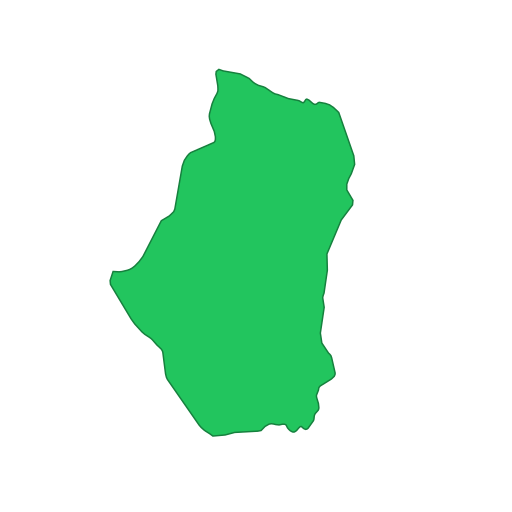 SVG path tracing the border of Logone Occidental, rotated 315°
{"feature_id": "TCD-1484", "entity_name": "Logone Occidental", "entity_type": "Prefecture", "adm_level": 1, "iso_a3": "TCD", "parent_name": "Chad", "parent_adm1": "", "projection": "equal_earth", "projection_center": [15.903, 8.748], "detail": "fine", "context": "isolated", "style": "filled", "palette": "green", "viewbox_px": 512, "rotation_deg": 315, "n_neighbors": 0, "source": "natural_earth", "source_scale": "10m", "svg_char_len": 2057}
<svg xmlns="http://www.w3.org/2000/svg" viewBox="0 0 512 512"><g transform="rotate(315 256 256)"><path d="M358.4,97.4L361.7,97.8L363.6,101.8L373.6,116.1L376.7,125.6L376.8,130.6L377.2,133.3L378.3,136.9L380.8,141.5L381.6,143.5L383.2,152.1L384.0,154.7L384.9,156.2L385.6,157.3L390.2,167.6L395.5,175.4L396.3,176.8L397.1,179.9L397.7,181.0L398.8,181.2L401.9,180.6L402.9,181.0L403.7,183.3L404.0,188.2L404.5,190.0L405.8,191.2L407.2,191.5L408.5,191.6L409.5,192.2L412.9,197.1L414.9,201.2L415.8,206.0L416.0,213.0L396.0,254.3L390.5,261.0L381.6,265.2L376.4,266.8L371.0,269.4L366.9,273.5L363.9,285.2L360.4,288.1L341.7,290.8L307.6,304.7L296.4,316.5L277.9,330.3L275.4,331.5L273.7,332.6L267.9,340.5L247.0,356.0L241.0,364.1L238.6,376.0L238.7,377.4L238.5,379.4L237.5,381.5L229.2,394.7L228.0,395.7L226.2,396.4L222.4,396.3L209.5,393.3L207.4,393.5L205.3,395.0L200.3,397.2L199.4,398.1L198.6,399.3L195.8,404.5L193.2,407.7L192.2,408.5L191.0,409.0L186.5,409.3L185.2,409.7L184.1,410.3L182.0,412.0L181.0,412.7L180.0,413.1L171.0,414.6L169.6,414.4L168.4,413.6L167.7,411.7L167.5,408.6L166.6,407.9L164.7,407.8L161.4,408.1L159.9,407.9L158.4,407.4L157.4,406.2L156.7,403.9L156.6,401.7L156.8,399.7L157.8,396.8L157.4,395.4L156.0,393.8L152.9,391.8L150.8,389.2L149.6,387.2L148.2,385.4L146.3,384.1L141.9,382.9L136.2,383.0L133.4,381.1L116.2,365.7L107.6,360.7L98.2,352.8L97.6,348.9L96.5,344.1L96.2,342.2L96.0,338.5L96.2,335.5L106.1,280.6L106.9,278.4L108.7,275.4L122.1,258.1L122.8,256.6L123.2,254.6L123.0,249.0L123.5,241.8L123.4,239.8L123.1,238.0L122.0,232.9L121.7,229.0L122.2,218.4L123.2,212.3L133.0,173.2L135.5,170.2L144.0,165.9L148.0,170.4L150.1,172.1L154.9,175.1L157.2,176.2L160.0,177.0L163.1,177.4L169.4,177.3L175.7,176.4L214.0,164.1L223.1,166.4L229.1,166.5L231.8,165.4L267.5,140.3L273.0,137.7L278.0,136.7L280.7,136.5L282.9,136.7L306.6,146.0L308.0,145.9L309.7,144.9L311.6,143.0L314.6,138.4L317.9,130.3L320.0,126.4L321.7,124.2L323.6,122.6L332.5,117.4L337.9,115.1L343.3,113.5L345.7,112.4L347.3,110.9L349.3,108.7L356.2,99.1L358.4,97.4Z" fill="#22c55e" stroke="#15803d" stroke-width="1.5"/></g></svg>